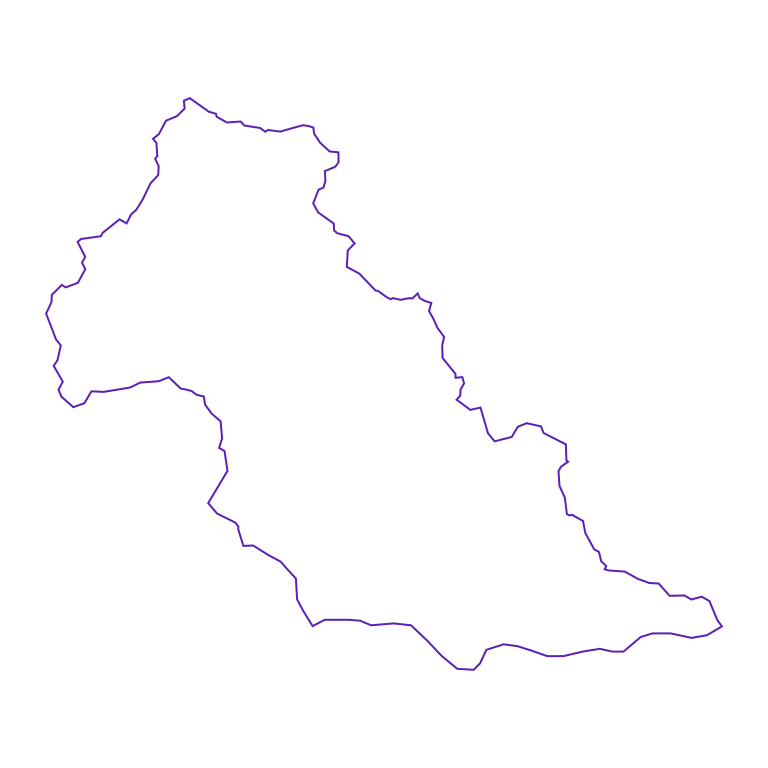 outline of Patillas, Puerto Rico
{"feature_id": "32010507B91916522285611", "entity_name": "Patillas", "entity_type": "district", "adm_level": 2, "iso_a3": "PRI", "parent_name": "Puerto Rico", "parent_adm1": "", "projection": "orthographic", "projection_center": [-66.007, 18.039], "detail": "fine", "context": "isolated", "style": "outline", "palette": "violet", "viewbox_px": 768, "rotation_deg": 0, "n_neighbors": 0, "source": "geoboundaries", "source_scale": "gbopen_adm2", "svg_char_len": 2733}
<svg xmlns="http://www.w3.org/2000/svg" viewBox="0 0 768 768"><path d="M431.3,302.9L425.4,301.2L419.8,298.2L417.7,293.4L412.5,298.4L408.7,298.2L400.6,299.8L392.9,298.1L390.8,299.2L387.2,297.5L378.1,291.0L375.4,290.4L359.3,273.6L346.8,266.9L347.8,250.4L354.6,243.4L348.4,236.1L337.4,233.3L334.1,230.5L333.7,223.5L318.1,212.4L313.2,203.3L318.6,189.6L323.4,187.7L325.4,181.1L324.9,171.1L335.3,166.7L338.6,162.2L338.4,152.3L329.7,151.5L320.1,142.7L314.2,133.8L313.3,127.6L308.9,126.1L303.0,125.2L292.4,128.1L280.3,131.6L268.1,130.0L265.3,131.7L260.1,128.0L244.3,125.5L240.6,121.5L227.0,122.5L216.7,116.8L216.0,113.8L208.8,111.7L189.8,98.2L183.9,100.7L184.6,108.6L177.0,116.1L166.0,120.7L158.9,134.1L153.0,138.8L156.4,142.9L157.3,156.1L155.1,158.7L158.7,166.1L158.2,175.1L150.6,183.2L142.7,199.4L136.3,209.8L131.1,214.4L126.6,223.4L119.5,219.4L102.8,232.7L100.8,236.2L81.1,239.0L77.6,241.9L85.2,256.8L82.0,262.7L85.3,269.2L77.9,282.8L65.7,287.4L61.9,284.9L51.8,294.9L51.5,302.1L46.1,313.6L56.1,339.6L60.8,345.4L57.5,360.2L53.7,365.8L62.8,381.7L58.5,389.7L61.4,396.6L73.3,407.2L84.3,403.2L91.5,391.3L103.7,391.9L130.2,387.5L140.1,382.6L158.8,381.2L168.8,377.2L180.6,388.5L188.0,390.0L191.9,391.2L196.6,394.8L203.8,396.5L205.1,404.6L211.5,413.5L220.6,421.3L222.1,438.4L219.1,447.9L224.5,451.0L227.5,470.9L226.1,473.2L213.1,494.9L208.2,503.1L217.0,513.5L235.5,522.7L238.4,526.7L238.2,528.9L240.6,537.0L243.4,545.9L253.1,545.5L268.6,555.2L280.7,561.7L286.6,568.4L295.9,578.6L297.1,599.3L302.9,610.3L312.6,626.1L322.0,621.2L324.7,619.8L325.6,619.8L348.3,619.8L349.2,619.8L360.1,620.7L362.7,621.8L370.7,625.1L371.0,625.3L393.7,623.4L411.0,625.3L427.3,640.7L432.2,645.9L440.8,655.0L441.7,656.0L441.9,656.1L445.4,659.0L457.3,668.8L473.7,669.8L475.9,667.5L480.0,663.4L486.4,649.8L503.6,644.3L504.2,644.4L516.0,646.0L517.2,646.1L518.8,646.6L531.8,650.7L534.3,651.6L540.0,653.6L547.2,656.1L563.6,656.1L582.6,651.6L593.0,649.9L599.9,648.8L604.7,649.9L612.6,651.6L623.5,651.6L637.2,640.0L639.9,637.7L640.7,637.0L652.5,633.4L670.7,633.4L691.6,637.9L707.0,635.2L721.9,626.4L717.3,620.0L709.4,601.0L701.7,596.7L691.3,599.5L684.5,595.5L669.6,595.8L658.6,583.5L649.3,583.0L637.9,578.9L624.7,571.6L609.1,570.5L604.7,569.3L606.2,566.0L601.2,561.3L599.0,552.0L594.2,549.3L585.4,533.2L583.2,522.0L583.2,521.1L572.1,514.8L569.4,515.4L566.9,514.1L564.8,497.5L559.5,486.0L558.5,471.2L560.8,466.9L568.1,461.7L566.4,460.4L565.9,444.4L543.6,433.0L541.0,426.4L526.8,423.2L517.9,426.7L511.7,437.0L494.6,441.3L488.0,433.3L480.5,407.6L470.3,409.9L456.6,399.7L460.2,395.8L460.5,389.7L464.1,383.4L462.3,377.1L455.6,377.8L455.4,373.8L442.6,358.0L442.2,345.4L444.1,336.9L437.4,327.8L433.7,319.4L429.0,311.0L431.3,302.9Z" fill="none" stroke="#5b21b6" stroke-width="2"/></svg>